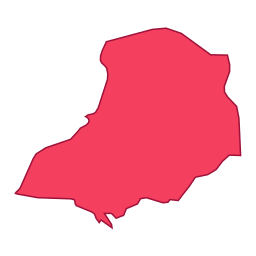 the border of Bulacan
{"feature_id": "PHL-2565", "entity_name": "Bulacan", "entity_type": "Province", "adm_level": 1, "iso_a3": "PHL", "parent_name": "Philippines", "parent_adm1": "", "projection": "orthographic", "projection_center": [120.991, 14.97], "detail": "fine", "context": "isolated", "style": "filled", "palette": "rose", "viewbox_px": 256, "rotation_deg": 0, "n_neighbors": 0, "source": "natural_earth", "source_scale": "10m", "svg_char_len": 1029}
<svg xmlns="http://www.w3.org/2000/svg" viewBox="0 0 256 256"><path d="M99.2,222.6L96.1,218.3L94.6,214.1L91.9,212.0L76.3,205.6L75.2,203.8L75.0,201.5L74.1,199.6L70.6,198.8L37.9,197.7L17.3,194.0L15.4,193.4L16.3,192.0L18.4,190.1L20.2,188.0L33.3,158.5L36.2,153.9L46.0,147.7L70.6,139.3L78.4,130.8L80.4,128.1L86.0,125.2L88.5,122.8L89.1,120.2L88.0,118.2L86.5,117.0L85.6,116.6L87.9,115.0L93.4,113.7L95.6,112.3L98.3,107.7L107.4,79.7L107.8,74.1L106.7,68.4L105.5,66.5L101.7,62.9L100.4,60.3L100.6,55.8L102.2,50.8L106.4,41.7L152.4,29.4L166.1,28.2L181.3,33.4L210.7,54.8L227.4,55.1L229.7,64.8L229.6,71.6L224.3,86.3L224.5,92.0L227.9,97.3L236.6,106.4L238.9,118.1L240.6,155.5L229.3,155.1L222.3,161.4L216.2,169.5L207.7,174.6L195.4,177.2L189.2,186.4L182.5,194.9L178.3,200.5L170.0,199.6L168.0,202.2L165.5,202.5L163.1,202.8L146.4,197.7L140.5,198.7L137.5,203.9L130.0,207.1L126.4,208.6L123.6,215.3L116.1,218.2L111.5,213.4L104.4,213.4L111.5,224.4L112.0,227.8L105.1,222.9L101.0,220.0L99.2,222.6Z" fill="#f43f5e" stroke="#9f1239" stroke-width="1.5"/></svg>